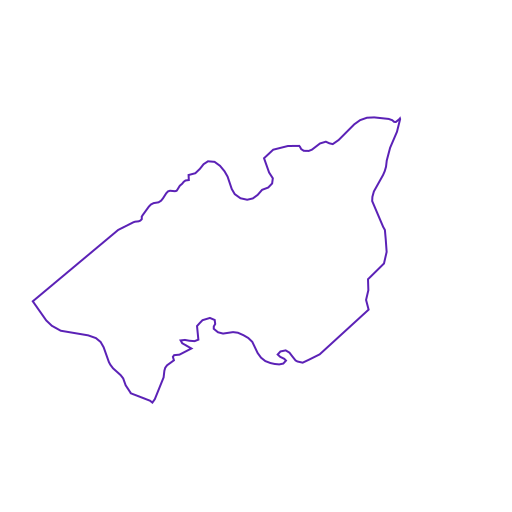 the border of Koundara, rotated 318°
{"feature_id": "GIN-5646", "entity_name": "Koundara", "entity_type": "Prefecture", "adm_level": 1, "iso_a3": "GIN", "parent_name": "Guinea", "parent_adm1": "", "projection": "mercator", "projection_center": [-13.196, 12.344], "detail": "fine", "context": "isolated", "style": "outline", "palette": "violet", "viewbox_px": 512, "rotation_deg": 318, "n_neighbors": 0, "source": "natural_earth", "source_scale": "10m", "svg_char_len": 2079}
<svg xmlns="http://www.w3.org/2000/svg" viewBox="0 0 512 512"><g transform="rotate(318 256 256)"><path d="M186.4,148.6L187.5,148.9L189.1,149.6L192.0,151.7L193.7,152.3L195.7,152.2L196.6,151.3L197.4,150.3L199.1,149.8L209.4,147.6L212.4,147.4L215.3,148.2L219.5,150.9L222.5,151.4L225.5,150.9L231.3,149.3L233.9,149.1L235.8,150.0L239.1,153.6L240.6,154.4L242.0,154.1L246.4,152.8L249.5,152.9L251.9,152.5L254.1,152.7L256.9,154.6L260.1,150.7L266.3,153.9L272.6,153.7L278.5,152.7L283.7,153.5L288.2,158.3L289.6,164.9L289.3,172.0L288.0,178.0L282.8,190.0L281.6,195.8L283.1,202.7L287.1,208.3L292.2,211.1L298.1,211.7L304.8,210.9L310.9,213.3L316.5,212.9L320.5,209.5L321.6,202.7L327.4,188.7L339.9,188.5L353.3,195.6L361.8,203.1L361.7,204.5L361.1,206.8L361.9,209.8L365.5,213.2L368.7,214.4L378.9,215.2L384.4,217.8L385.9,221.3L387.9,224.2L395.0,225.1L417.2,223.9L424.3,224.7L431.0,227.5L436.6,232.1L446.3,242.9L448.1,246.2L448.4,248.7L449.6,250.0L454.5,250.2L455.0,250.1L454.7,250.7L443.9,258.0L428.1,265.3L417.1,272.5L412.3,276.7L408.4,279.1L404.7,280.8L386.8,286.9L382.1,289.9L379.1,292.9L370.0,319.4L369.2,322.9L363.5,330.5L355.8,340.4L346.1,347.2L323.7,348.2L316.6,356.6L308.4,362.3L303.8,371.2L237.5,371.7L226.3,368.6L219.3,366.5L216.2,362.1L215.5,360.1L215.8,355.0L216.2,350.2L214.9,346.0L210.3,343.3L206.2,343.7L206.5,347.1L208.2,351.3L208.3,353.8L204.3,354.2L200.7,352.1L197.6,348.7L195.1,345.2L192.6,340.3L191.7,334.9L192.3,329.2L195.8,317.3L195.4,311.8L193.7,306.5L191.2,300.9L188.0,297.2L183.2,294.0L179.6,291.6L176.7,287.2L175.9,281.8L177.5,280.1L180.2,279.2L182.5,275.9L180.3,271.2L173.3,267.9L169.1,268.2L165.3,268.6L157.2,279.6L153.4,278.2L149.7,274.3L147.0,270.8L143.5,268.3L142.8,271.5L146.1,281.5L133.1,278.1L128.8,274.9L126.8,275.3L125.2,278.6L116.8,277.7L113.8,278.3L111.2,279.9L106.1,284.4L85.0,294.7L80.9,295.6L80.4,292.6L71.1,274.3L71.2,274.2L72.6,264.9L75.4,258.1L75.7,254.0L74.6,243.8L75.0,239.3L75.7,236.4L81.7,221.9L83.0,215.9L82.1,209.9L78.2,202.7L60.9,180.9L57.6,171.3L57.0,163.5L59.8,140.3L171.0,144.4L186.4,148.6Z" fill="none" stroke="#5b21b6" stroke-width="2"/></g></svg>